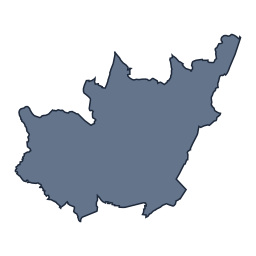 the district of Tilapa, Puebla, Mexico
{"feature_id": "50627088B76714936003523", "entity_name": "Tilapa", "entity_type": "district", "adm_level": 2, "iso_a3": "MEX", "parent_name": "Mexico", "parent_adm1": "Puebla", "projection": "natural_earth1", "projection_center": [-98.551, 18.619], "detail": "fine", "context": "isolated", "style": "filled", "palette": "slate", "viewbox_px": 256, "rotation_deg": 0, "n_neighbors": 0, "source": "geoboundaries", "source_scale": "gbopen_adm2", "svg_char_len": 5684}
<svg xmlns="http://www.w3.org/2000/svg" viewBox="0 0 256 256"><path d="M226.8,35.6L224.8,35.5L223.6,35.8L221.7,37.4L221.2,38.7L221.1,40.1L221.5,41.0L222.2,41.5L222.4,42.2L222.2,42.9L220.9,43.5L218.9,43.7L216.8,47.7L215.4,48.5L215.2,49.6L215.4,50.5L216.0,52.2L215.7,53.6L216.5,58.6L215.1,59.7L214.1,62.0L213.5,62.5L212.9,62.6L209.1,62.4L208.0,61.7L207.9,60.1L206.8,60.3L202.7,60.3L202.2,59.4L195.9,60.3L194.7,60.8L193.0,61.5L192.3,62.5L191.6,65.7L192.6,66.9L192.4,68.1L192.6,68.6L192.4,69.2L191.6,70.0L191.4,71.0L190.8,71.0L190.5,70.1L185.7,68.5L184.2,67.1L182.4,64.9L183.1,63.9L180.3,62.0L179.0,61.6L175.8,58.0L174.1,56.7L173.1,56.2L172.2,55.2L172.4,57.6L170.1,58.3L170.2,59.2L169.8,59.8L170.5,61.6L171.3,66.5L171.2,66.9L171.9,69.2L171.5,70.3L171.5,74.1L170.8,75.7L170.6,77.8L169.0,80.0L168.9,80.5L168.4,80.8L167.5,80.9L167.2,82.1L164.3,84.5L162.0,83.0L160.5,82.2L158.9,82.6L157.8,83.3L157.3,80.9L153.2,78.5L152.4,78.5L150.2,80.3L148.7,80.5L147.3,79.4L145.5,79.1L142.0,79.2L139.1,79.6L136.3,79.3L134.4,79.9L133.0,79.8L132.2,79.5L129.5,77.8L128.0,76.2L127.7,75.6L127.7,74.7L129.9,74.3L129.8,69.9L130.3,69.1L131.0,68.5L129.7,68.3L128.7,69.7L127.6,69.9L128.0,67.3L125.9,64.9L123.2,63.0L120.9,60.4L119.5,57.9L115.4,53.0L114.9,52.3L114.6,51.5L114.9,53.0L115.0,54.7L113.2,63.6L110.8,69.7L110.4,71.4L109.9,72.3L109.9,74.3L108.0,80.1L108.0,80.8L106.8,84.3L105.3,88.0L104.0,88.0L101.9,87.5L102.2,86.7L98.5,85.1L98.1,84.4L98.2,83.8L95.3,84.1L94.5,81.7L94.9,80.0L95.0,78.3L94.6,78.8L92.7,80.0L92.5,80.3L89.1,81.4L88.9,80.4L86.4,80.6L84.4,85.3L83.4,88.8L83.5,91.7L84.3,93.3L85.2,93.8L88.4,96.5L90.2,98.4L90.5,99.7L89.2,108.6L89.7,110.2L90.2,110.7L91.7,110.4L93.1,111.3L92.4,113.4L92.6,117.2L93.1,118.0L94.4,118.6L95.7,119.7L95.7,120.2L94.5,121.5L94.3,122.3L94.5,122.9L94.5,123.5L92.5,124.3L91.0,125.3L84.8,120.7L78.0,114.0L76.1,113.7L75.0,112.9L73.2,112.1L72.2,111.5L70.7,111.7L69.9,111.7L68.9,112.3L68.3,113.1L64.7,112.2L62.6,110.3L61.5,110.3L61.1,110.6L58.2,109.8L57.6,110.0L56.6,110.7L55.2,110.7L54.4,110.4L53.8,110.7L52.6,110.0L48.6,114.1L46.8,114.9L45.4,115.4L44.0,115.4L42.1,115.8L40.9,117.1L39.8,117.6L35.6,116.2L33.9,115.4L32.1,113.4L30.3,110.4L29.5,108.4L27.7,106.6L26.0,106.6L24.9,107.2L24.1,108.0L21.0,108.8L19.9,109.8L19.4,110.7L19.1,111.7L19.0,112.5L19.5,115.4L20.5,117.2L20.8,118.1L21.0,119.5L21.5,119.6L21.7,120.0L21.8,121.2L23.1,122.1L24.3,123.6L24.8,124.6L25.3,126.5L25.9,126.9L26.2,127.4L26.6,128.6L26.5,129.1L26.9,129.9L26.8,130.6L26.9,131.1L29.0,133.8L29.3,134.4L28.9,135.3L28.8,136.0L28.0,136.8L28.0,137.8L28.4,138.0L28.6,138.8L28.6,139.9L28.4,141.4L28.0,142.0L27.1,141.9L27.0,142.8L27.2,143.8L27.4,146.3L27.6,146.8L30.0,148.7L30.8,150.4L30.7,150.8L29.8,151.1L29.2,151.9L28.8,152.1L27.3,152.1L24.1,154.0L24.4,154.6L24.1,156.0L22.8,157.1L22.7,157.4L23.3,158.3L23.2,158.8L22.9,159.0L22.2,159.1L22.1,159.3L22.7,160.2L22.6,160.7L22.4,161.1L21.4,161.7L20.8,162.0L20.3,161.9L19.8,164.6L18.2,164.9L17.5,166.1L16.1,166.9L16.2,167.9L16.7,168.5L16.3,169.3L15.5,170.0L15.4,171.3L15.9,171.8L16.5,171.7L17.2,171.9L17.5,172.5L17.5,172.9L16.8,173.5L17.0,173.9L17.5,174.2L19.3,175.8L19.8,175.9L22.3,179.4L23.4,180.6L23.9,181.0L26.1,181.6L26.4,180.7L26.9,180.2L27.3,180.2L27.6,180.3L28.1,181.1L28.1,181.8L27.7,182.3L27.8,182.5L28.4,182.3L29.7,182.3L32.0,183.0L36.2,183.4L37.0,183.1L37.9,183.0L38.5,183.1L39.0,183.7L40.8,184.5L41.3,185.3L40.7,186.5L40.0,186.9L39.8,187.4L41.1,187.5L42.0,187.1L43.6,189.8L43.0,190.2L43.3,190.6L44.9,191.1L44.4,191.6L44.6,194.1L45.3,194.5L46.4,196.1L47.4,195.4L48.5,195.4L49.2,197.5L47.7,199.3L51.2,199.7L53.9,201.2L54.8,201.3L55.2,202.0L56.3,202.3L56.8,203.2L60.0,205.9L59.5,207.1L60.7,208.2L60.9,207.3L64.9,204.4L65.7,203.1L66.4,202.7L67.2,201.8L68.0,202.9L67.8,203.6L69.8,205.1L74.1,206.8L74.5,207.7L73.7,211.4L74.2,212.2L74.3,212.1L75.5,213.2L76.8,213.9L78.0,216.5L77.8,217.2L78.2,218.1L78.5,219.3L79.0,220.5L80.1,221.5L80.6,221.5L80.8,219.2L81.6,217.9L82.2,217.2L96.9,211.2L97.2,210.0L97.3,208.2L97.5,207.3L97.1,206.5L96.6,206.3L96.4,205.7L96.4,202.4L97.5,200.1L97.4,195.5L97.8,195.9L97.8,196.1L99.3,197.4L100.8,199.7L102.7,201.6L105.6,203.0L105.9,201.7L108.2,202.0L107.8,203.4L109.9,203.5L110.1,202.5L112.4,203.1L112.1,204.5L114.7,204.9L114.6,205.6L119.3,205.8L119.2,207.2L123.1,207.4L125.2,207.3L143.7,202.7L145.3,203.0L145.2,203.4L146.1,204.1L146.2,205.9L144.8,205.7L145.0,208.7L143.7,209.2L143.9,209.7L143.5,212.3L143.2,213.2L142.5,214.5L146.1,215.0L145.9,217.3L147.9,216.3L149.5,214.0L150.8,213.5L153.4,210.9L155.4,210.0L156.7,209.0L160.3,207.2L162.6,205.3L166.4,203.7L169.7,205.0L172.9,206.0L173.5,205.9L174.3,205.3L175.4,203.9L176.2,200.7L176.6,200.7L177.8,200.2L178.9,199.4L179.6,198.7L180.1,198.9L186.1,189.6L176.2,179.1L179.4,173.6L184.1,164.2L185.1,164.0L186.6,160.0L187.7,159.7L187.9,154.8L187.3,152.5L188.0,151.2L189.8,150.2L190.3,149.2L190.5,149.3L190.5,148.3L192.7,143.5L196.9,135.4L197.6,133.6L198.9,126.4L200.6,127.4L204.1,125.8L205.7,125.4L207.8,124.9L209.4,125.3L214.1,121.1L216.1,120.5L216.6,119.4L216.8,117.6L217.7,116.6L218.3,116.5L218.9,115.7L219.4,115.5L219.9,114.9L220.4,113.9L220.5,113.3L218.8,113.0L217.3,112.2L214.7,110.6L214.0,108.1L213.0,107.3L212.9,107.0L212.3,106.8L211.9,105.5L211.5,105.4L211.3,104.1L211.8,102.5L211.3,98.7L211.4,97.1L211.6,96.5L212.2,95.8L213.3,92.5L213.7,92.2L214.1,91.3L214.6,91.0L214.8,91.0L215.6,89.8L215.5,88.5L216.8,87.7L218.1,87.5L217.8,85.8L217.8,83.1L218.4,81.9L219.6,76.9L219.9,76.3L220.5,75.7L221.3,75.3L222.8,75.5L223.3,75.2L224.5,74.1L225.6,75.0L227.2,73.0L228.7,69.8L229.7,67.0L235.1,54.2L240.6,37.6L239.8,36.8L239.5,38.8L239.4,39.1L239.1,39.0L236.3,36.6L234.4,35.4L232.2,34.5L231.3,34.5L230.0,35.7L229.0,36.1L227.7,36.1L226.8,35.6Z" fill="#64748b" stroke="#1e293b" stroke-width="1.5"/></svg>